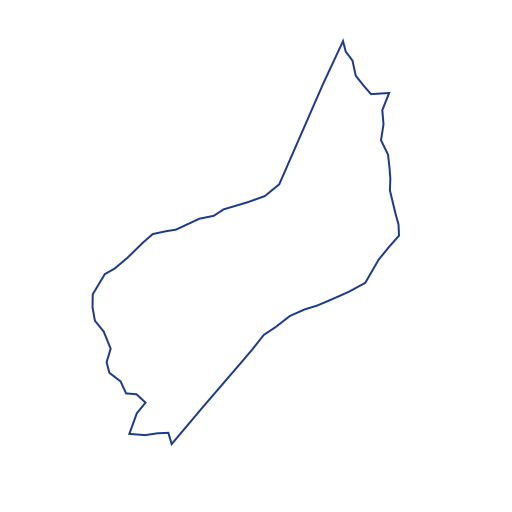 the district of Cachoeirinha, Rio Grande do Sul, Brazil, rotated 43°
{"feature_id": "56859067B54299641019683", "entity_name": "Cachoeirinha", "entity_type": "district", "adm_level": 2, "iso_a3": "BRA", "parent_name": "Brazil", "parent_adm1": "Rio Grande do Sul", "projection": "equal_earth", "projection_center": [-51.095, -29.919], "detail": "fine", "context": "isolated", "style": "outline", "palette": "blue", "viewbox_px": 512, "rotation_deg": 43, "n_neighbors": 0, "source": "geoboundaries", "source_scale": "gbopen_adm2", "svg_char_len": 933}
<svg xmlns="http://www.w3.org/2000/svg" viewBox="0 0 512 512"><g transform="rotate(43 256 256)"><path d="M322.6,451.1L320.2,403.5L319.5,386.4L318.9,371.2L317.8,343.5L317.0,326.4L315.5,308.4L318.9,294.2L321.7,276.6L328.0,261.9L334.6,250.4L340.9,236.2L348.2,219.1L354.2,201.1L351.4,188.9L348.2,175.0L347.1,158.8L346.7,143.6L338.9,135.9L328.4,129.4L309.2,116.7L301.5,107.8L293.0,100.0L283.4,91.8L268.5,86.1L259.4,72.7L248.9,63.2L242.2,46.0L229.7,59.2L218.6,58.0L206.1,56.2L193.3,47.3L182.2,45.3L173.1,39.5L187.7,84.4L224.1,187.7L221.6,206.1L213.4,222.0L200.5,244.0L197.7,255.4L189.0,267.6L179.5,291.3L173.1,299.5L165.5,310.4L164.2,323.1L163.2,344.8L161.2,361.5L157.8,372.4L162.7,395.3L171.4,405.0L182.3,413.2L196.3,415.2L212.9,422.9L219.2,435.6L228.4,441.4L242.6,440.1L254.7,445.1L262.9,438.6L275.2,438.6L276.1,452.3L284.7,472.5L297.2,462.5L304.9,452.8L312.5,445.1L322.6,451.1Z" fill="none" stroke="#1e3a8a" stroke-width="2"/></g></svg>